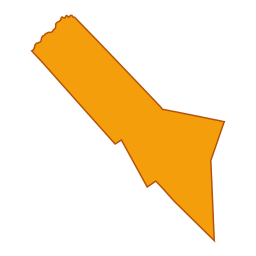 Tres de Febrero, Buenos Aires, Argentina
{"feature_id": "61730980B88678124443771", "entity_name": "Tres de Febrero", "entity_type": "district", "adm_level": 2, "iso_a3": "ARG", "parent_name": "Argentina", "parent_adm1": "Buenos Aires", "projection": "equal_earth", "projection_center": [-58.607, -34.6], "detail": "fine", "context": "isolated", "style": "filled", "palette": "amber", "viewbox_px": 256, "rotation_deg": 0, "n_neighbors": 0, "source": "geoboundaries", "source_scale": "gbopen_adm2", "svg_char_len": 1180}
<svg xmlns="http://www.w3.org/2000/svg" viewBox="0 0 256 256"><path d="M214.3,240.6L214.2,239.8L212.5,199.4L210.8,160.5L210.8,160.4L214.3,150.4L223.7,123.2L224.3,121.7L224.0,121.7L217.2,120.2L215.0,119.8L204.7,117.7L163.2,109.4L162.5,109.5L161.6,108.1L160.5,106.8L159.9,106.2L118.6,62.9L95.7,39.0L75.2,17.9L74.5,17.2L73.3,17.2L72.3,16.1L71.9,15.4L70.5,15.4L69.9,16.0L69.5,16.5L68.7,17.2L68.1,16.9L67.7,16.2L66.7,15.5L66.2,15.7L65.4,16.8L65.2,17.4L64.8,18.0L63.3,17.7L62.2,17.0L61.6,17.2L61.1,18.1L60.9,18.9L60.5,20.3L59.5,21.0L59.0,21.4L57.8,22.1L56.9,22.5L55.9,23.6L55.7,24.8L55.7,25.5L55.7,26.8L55.2,28.4L54.4,29.1L53.7,29.6L53.1,30.4L53.0,30.8L52.3,31.7L51.0,32.3L50.1,32.4L48.4,32.3L47.9,32.6L47.4,33.0L45.9,33.5L45.2,34.1L44.9,34.7L44.3,35.2L43.9,35.5L43.0,35.9L42.3,36.4L41.6,38.0L41.3,39.1L41.2,40.1L41.1,40.8L40.4,41.8L39.5,42.2L38.8,42.5L38.1,43.0L37.5,43.2L36.7,43.1L36.0,43.8L35.2,44.6L34.7,46.3L34.6,47.0L34.2,48.0L33.7,49.3L33.2,49.9L32.6,50.3L31.7,50.9L42.7,62.7L78.2,102.7L115.1,144.0L121.4,140.0L147.2,187.0L155.8,181.1L163.4,189.1L168.6,195.0L172.4,199.2L174.3,201.3L175.3,202.3L207.3,233.8L214.3,240.6Z" fill="#f59e0b" stroke="#b45309" stroke-width="1.5"/></svg>